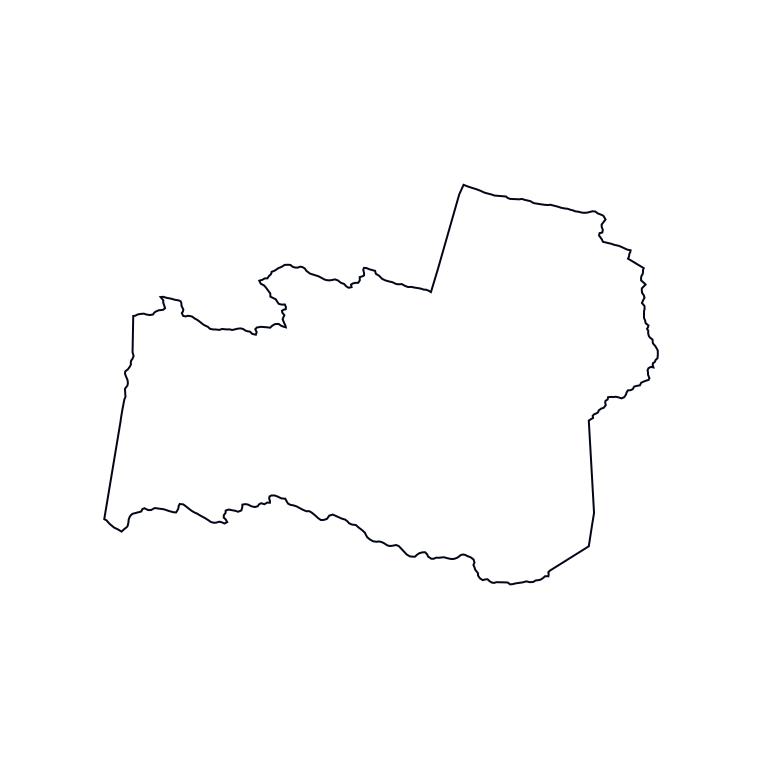 Oliveira dos Brejinhos, Bahia, Brazil (Equal Earth projection), rotated 296°
{"feature_id": "56859067B61513523876445", "entity_name": "Oliveira dos Brejinhos", "entity_type": "district", "adm_level": 2, "iso_a3": "BRA", "parent_name": "Brazil", "parent_adm1": "Bahia", "projection": "equal_earth", "projection_center": [-42.732, -12.256], "detail": "fine", "context": "isolated", "style": "outline", "palette": "ink", "viewbox_px": 768, "rotation_deg": 296, "n_neighbors": 0, "source": "geoboundaries", "source_scale": "gbopen_adm2", "svg_char_len": 6142}
<svg xmlns="http://www.w3.org/2000/svg" viewBox="0 0 768 768"><g transform="rotate(296 384 384)"><path d="M440.9,584.1L442.9,585.3L445.1,586.8L446.9,585.5L448.9,586.1L450.6,587.7L452.3,588.8L454.4,588.6L457.1,590.0L458.9,591.9L462.2,592.6L464.3,590.9L466.1,590.5L468.1,591.8L470.4,591.2L472.0,593.8L472.8,595.9L474.1,597.8L474.8,600.6L475.2,603.8L477.5,605.7L480.4,606.1L482.6,605.8L485.1,605.9L486.6,608.4L488.3,609.8L491.4,610.0L493.1,612.0L495.0,614.6L497.9,614.6L500.1,616.4L501.9,618.1L503.6,620.0L505.6,620.0L508.0,617.3L510.3,616.1L512.0,614.8L514.2,614.8L516.3,616.3L517.0,618.9L518.9,617.1L520.7,616.6L522.4,617.7L524.7,617.6L526.9,618.5L529.9,617.5L534.1,615.4L535.4,613.6L536.9,611.4L538.4,607.9L541.7,605.8L542.3,602.7L543.4,600.8L545.5,599.1L547.7,598.2L548.9,596.2L550.6,596.4L552.5,596.1L553.4,592.5L555.5,590.9L557.3,588.8L559.4,587.7L563.7,585.7L565.8,585.3L568.3,583.9L569.9,580.3L572.6,580.2L575.8,580.3L577.7,578.5L579.0,576.1L580.7,574.9L583.0,573.8L586.2,574.9L588.1,575.5L589.0,572.8L589.8,569.7L592.1,568.5L594.3,568.0L596.1,568.3L598.3,567.7L599.9,566.8L602.0,566.7L603.6,548.4L606.0,548.3L608.5,547.5L610.6,547.5L612.3,547.0L611.4,543.7L611.3,537.3L611.1,534.4L610.0,529.9L609.7,527.0L607.8,518.5L609.6,516.2L611.7,512.2L614.1,511.6L615.8,513.8L618.5,513.1L620.5,510.9L622.7,509.7L629.0,511.0L631.4,507.4L631.3,503.9L631.0,501.3L631.7,498.4L630.6,495.6L627.1,491.5L625.7,489.1L624.7,486.4L624.1,483.3L623.1,480.4L622.9,477.7L622.3,475.0L622.0,472.3L621.0,469.5L620.1,466.2L619.6,462.5L618.8,458.7L618.1,455.1L616.6,452.7L615.4,449.6L614.3,446.2L612.2,439.2L612.5,435.3L611.2,429.8L610.8,426.8L609.3,424.7L605.7,416.3L605.4,413.8L606.0,411.5L601.8,400.6L601.4,397.2L600.2,391.5L600.0,389.2L600.0,386.4L599.7,382.8L599.3,379.9L598.9,377.4L598.3,373.1L597.9,368.2L587.4,368.5L511.3,382.0L487.2,385.9L487.4,383.1L487.2,380.5L486.3,378.5L485.9,375.4L485.1,372.5L484.0,369.0L483.4,366.4L481.7,363.0L481.4,360.0L481.6,356.2L480.0,353.4L479.2,351.1L479.2,347.0L478.3,343.2L477.7,339.6L477.7,336.2L479.1,332.3L479.5,328.3L481.8,326.4L481.3,323.9L480.7,320.6L480.5,317.3L479.6,315.1L477.5,315.3L474.9,317.5L472.8,318.5L471.2,317.3L469.4,315.3L466.6,316.8L463.7,316.5L462.2,313.7L460.7,311.9L458.9,310.8L456.8,312.4L455.0,310.0L455.2,307.4L456.4,304.4L456.1,300.6L456.9,297.2L456.5,294.0L454.8,291.9L453.2,289.5L452.2,286.9L451.8,284.5L452.0,281.6L452.1,277.8L451.5,273.9L450.8,269.0L451.7,264.6L453.1,262.2L453.3,259.7L452.8,257.3L450.8,255.5L449.8,253.4L449.3,250.5L450.0,247.7L449.2,245.7L447.6,242.6L444.1,240.4L441.9,238.3L439.3,236.9L437.3,235.5L435.6,233.8L433.4,234.3L430.6,233.3L427.9,232.9L426.5,230.4L424.3,229.0L422.2,226.6L420.1,229.2L420.0,233.1L418.8,235.8L417.3,238.7L415.5,242.1L412.7,243.6L412.7,249.5L411.0,252.2L409.9,254.3L410.5,257.2L412.0,260.0L410.2,262.1L408.1,262.9L406.7,261.1L405.0,260.2L403.5,261.4L402.2,264.3L400.2,264.3L397.8,264.5L395.4,267.1L393.4,269.7L391.9,270.9L391.4,268.2L391.3,265.7L391.8,262.9L390.0,259.7L387.2,257.9L384.7,257.0L383.7,254.1L381.5,248.4L379.0,244.9L376.8,244.3L374.8,246.8L372.1,247.2L371.3,243.7L372.3,240.6L371.5,237.9L371.3,235.5L371.7,233.3L371.1,230.7L369.7,228.4L366.0,223.9L365.4,221.2L364.0,218.5L362.5,214.4L360.4,212.2L359.3,209.0L358.2,206.7L357.3,203.5L358.2,200.5L358.1,197.7L358.3,195.0L359.4,190.3L359.8,187.6L359.9,184.7L360.5,182.3L360.0,179.7L359.2,177.6L357.8,176.2L357.2,173.6L359.1,171.2L361.0,171.5L363.0,171.0L365.4,167.8L367.7,166.5L369.2,165.0L369.1,162.7L368.0,159.1L367.5,155.8L366.1,150.6L365.6,147.3L364.2,145.1L362.5,148.9L360.2,150.0L358.2,152.1L356.1,154.0L353.8,152.9L351.4,149.1L348.9,147.0L347.3,146.2L345.2,145.9L343.3,143.3L342.3,140.0L341.9,137.2L340.2,134.4L338.5,132.1L336.4,130.6L335.2,128.8L302.3,144.1L299.4,146.7L296.3,146.9L294.2,146.5L292.5,146.9L290.8,147.9L288.6,148.0L285.0,147.4L281.9,145.9L279.7,146.7L277.6,148.9L275.2,151.7L272.6,153.4L270.0,154.1L268.1,153.6L266.0,153.3L263.8,154.6L261.8,155.7L259.1,157.3L256.3,157.4L247.0,159.9L238.5,162.4L234.6,163.7L139.9,191.8L139.8,194.5L138.7,196.9L137.8,199.4L136.6,204.5L136.7,208.2L136.3,212.8L139.6,214.1L142.5,215.5L144.2,215.8L147.8,214.9L150.0,214.0L152.3,213.7L154.8,213.9L157.0,214.8L163.0,221.7L165.7,221.7L167.3,223.1L167.3,227.3L168.6,229.9L172.0,232.3L174.9,241.1L175.7,247.2L176.5,251.1L177.4,253.4L179.7,253.7L182.2,253.7L184.4,252.9L186.6,253.0L187.8,256.4L187.1,260.2L186.3,263.5L185.6,267.5L185.4,270.4L185.6,272.8L185.3,275.5L185.0,282.1L184.6,285.7L184.1,288.9L184.7,292.0L185.9,294.0L188.1,296.4L188.6,298.9L188.7,301.8L191.1,303.6L192.8,301.2L193.7,298.5L195.9,297.5L198.6,298.1L200.9,297.2L203.1,299.5L204.9,306.2L205.2,308.8L207.8,311.2L210.9,310.7L213.5,309.6L215.3,312.1L216.0,314.6L216.0,318.6L216.8,321.9L218.8,324.1L221.0,324.4L223.0,325.8L223.5,329.2L226.2,331.0L227.3,333.5L228.9,332.8L230.7,331.0L232.7,330.4L234.5,331.7L235.9,334.7L236.2,338.0L236.2,341.9L237.6,345.6L235.6,348.3L234.4,350.3L234.4,353.1L235.2,355.7L235.7,359.4L235.5,362.9L235.4,366.1L235.6,370.1L236.9,372.3L236.8,375.1L235.7,379.8L234.5,383.8L234.1,387.0L235.5,389.6L237.9,391.9L241.7,392.5L244.2,395.2L244.5,405.1L245.1,408.6L244.5,411.4L243.5,413.7L243.6,416.7L244.9,420.5L243.9,424.1L243.1,428.2L242.0,432.0L240.3,434.1L238.9,436.2L238.2,439.1L237.8,442.9L238.9,446.4L240.3,448.5L240.9,451.3L240.9,453.8L240.4,457.9L241.1,460.6L242.4,462.6L244.6,465.5L244.8,468.4L240.7,479.2L240.4,482.7L241.1,484.8L242.4,487.6L245.0,488.5L247.4,489.9L249.5,492.3L250.8,494.7L249.9,497.3L248.2,499.3L247.7,503.1L248.8,505.4L250.7,506.9L252.1,509.9L253.5,512.0L254.6,513.9L255.1,516.9L255.9,520.2L256.9,522.7L258.3,524.5L260.7,526.5L263.8,527.9L265.4,529.7L266.0,532.1L265.9,534.5L266.2,538.0L265.5,541.5L263.1,543.6L260.5,543.7L258.9,545.7L257.2,547.2L255.0,551.6L253.1,552.4L251.4,555.4L251.0,558.8L252.4,560.2L253.9,562.6L253.0,565.6L252.8,568.0L253.5,570.2L255.1,571.8L259.8,582.1L259.2,585.3L260.7,587.6L262.5,589.7L266.5,595.6L269.0,598.4L269.8,602.0L271.6,605.0L273.9,606.4L275.6,609.1L277.2,610.8L279.1,611.9L281.9,613.1L283.2,616.0L285.2,615.4L286.9,614.2L289.1,615.0L327.9,639.2L347.6,633.1L360.2,629.3L440.9,584.1Z" fill="none" stroke="#020617" stroke-width="2"/></g></svg>